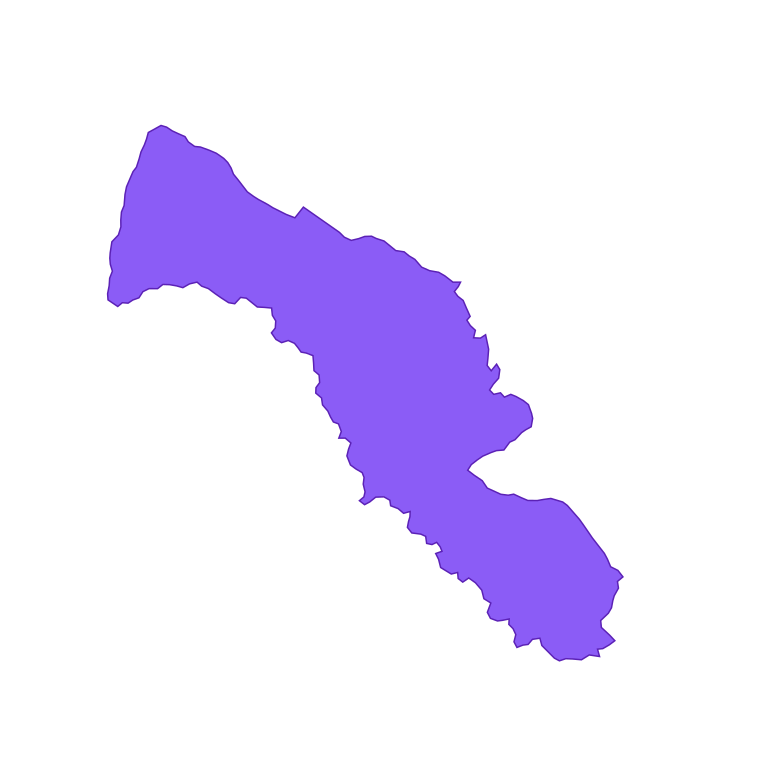 Professor Jamil, Goiás, Brazil (orthographic projection), rotated 313°
{"feature_id": "56859067B81841730871776", "entity_name": "Professor Jamil", "entity_type": "district", "adm_level": 2, "iso_a3": "BRA", "parent_name": "Brazil", "parent_adm1": "Goiás", "projection": "orthographic", "projection_center": [-49.253, -17.277], "detail": "fine", "context": "isolated", "style": "filled", "palette": "violet", "viewbox_px": 768, "rotation_deg": 313, "n_neighbors": 0, "source": "geoboundaries", "source_scale": "gbopen_adm2", "svg_char_len": 3276}
<svg xmlns="http://www.w3.org/2000/svg" viewBox="0 0 768 768"><g transform="rotate(313 384 384)"><path d="M288.4,550.6L290.9,562.8L296.4,566.4L292.3,570.9L292.8,576.7L299.9,578.3L301.0,586.4L299.9,596.1L295.1,603.5L296.7,611.5L287.5,615.3L285.2,621.7L288.1,628.6L291.8,631.7L297.5,635.8L293.3,639.3L293.1,645.2L290.6,651.3L284.1,654.9L282.0,660.9L287.8,663.7L291.8,667.0L298.5,666.7L304.4,671.4L300.4,677.8L299.7,695.6L301.2,701.1L307.1,704.3L311.7,709.7L317.0,716.5L325.8,718.9L331.7,727.5L335.7,721.0L339.7,724.5L347.0,726.7L353.7,727.9L354.2,720.3L354.2,709.0L358.8,703.8L369.4,704.4L375.5,703.0L381.6,699.1L386.1,696.8L394.6,694.7L398.8,689.4L405.9,690.3L407.2,682.2L404.9,674.4L408.3,666.8L410.4,660.7L413.5,641.4L416.9,626.1L418.3,619.2L420.2,600.9L419.6,595.2L414.1,584.1L408.5,579.5L403.3,575.6L396.9,568.6L394.5,562.0L391.9,554.0L387.4,550.7L383.0,544.6L378.3,530.5L380.3,521.8L378.8,512.3L378.0,504.0L384.6,502.8L392.2,504.0L398.5,505.4L407.0,509.1L412.0,511.7L417.5,516.7L427.2,515.6L432.6,517.8L442.3,517.8L447.3,518.9L453.1,520.8L460.2,516.2L463.1,512.0L467.4,503.7L466.9,497.3L464.9,489.1L462.9,483.8L456.5,481.0L457.0,475.2L451.3,471.3L451.6,465.3L458.4,464.1L466.4,463.9L473.5,458.9L475.3,452.8L466.8,453.4L467.9,446.8L473.5,442.6L480.8,436.8L489.3,424.7L483.3,423.2L478.9,418.0L485.6,414.2L485.6,407.3L487.2,401.1L492.2,400.9L495.9,392.1L499.1,384.9L498.5,378.2L499.6,372.4L505.9,371.9L510.7,370.5L505.5,365.0L504.6,354.9L503.0,347.8L498.0,340.1L495.1,331.8L496.2,321.6L494.8,315.0L494.4,308.6L489.6,301.6L488.6,286.5L485.1,279.0L483.6,274.1L478.8,269.3L473.0,266.3L466.7,262.1L464.3,254.9L464.5,248.0L458.4,204.4L444.8,205.5L441.3,196.8L439.4,190.3L437.1,182.5L436.0,176.7L433.3,166.3L432.3,161.0L431.3,153.0L433.7,138.6L434.8,130.8L437.7,124.8L439.4,118.8L439.7,112.9L438.4,104.0L435.8,96.8L432.1,88.1L428.6,83.5L427.6,75.8L429.2,69.8L426.6,62.3L424.7,56.5L423.6,49.8L421.0,44.6L407.2,40.1L401.1,43.3L395.4,45.7L388.0,48.0L381.6,51.4L373.7,55.1L368.2,55.6L362.6,57.6L352.6,61.2L346.0,65.3L337.3,72.2L330.7,74.7L324.4,79.7L319.5,84.4L311.9,88.1L302.4,88.0L293.2,94.3L289.0,97.7L284.9,102.2L281.3,108.4L274.3,111.2L268.4,116.0L261.5,120.3L257.3,124.8L259.1,136.4L265.0,137.2L268.6,141.7L274.1,143.0L279.9,146.0L287.1,144.7L293.5,147.1L299.3,153.4L306.0,154.4L310.4,159.4L314.3,165.4L317.3,171.2L324.6,173.5L331.0,177.8L331.2,183.9L334.0,190.5L334.9,198.9L336.0,206.5L337.5,214.9L340.9,220.1L349.5,220.1L352.9,224.8L353.4,231.7L353.9,238.8L358.4,244.2L362.9,250.0L358.1,255.5L356.3,261.8L350.8,266.3L344.6,266.8L342.9,274.6L344.4,280.9L350.5,284.3L352.7,290.8L351.9,296.3L350.8,301.6L353.6,306.0L356.3,312.7L351.3,318.2L346.0,323.7L346.3,330.4L341.1,336.0L335.0,336.7L330.8,340.3L331.2,347.8L326.8,353.3L325.9,361.4L323.4,367.4L321.7,372.9L323.8,377.9L320.1,385.2L313.6,387.9L318.0,392.6L318.3,400.0L312.2,402.5L306.1,405.9L301.9,414.7L302.7,421.4L304.3,428.5L302.0,433.2L296.6,437.1L292.2,443.7L287.7,446.3L281.9,445.6L282.5,452.1L288.0,454.0L295.6,455.1L301.4,460.9L303.0,467.5L299.5,471.9L302.5,479.3L302.8,486.5L308.6,490.1L304.6,493.5L300.2,495.7L295.1,498.9L294.0,505.9L299.3,513.3L301.0,518.4L296.5,523.9L299.3,528.6L304.1,530.5L303.3,536.0L301.2,540.5L295.3,537.4L293.0,543.5L288.4,550.6Z" fill="#8b5cf6" stroke="#5b21b6" stroke-width="1.5"/></g></svg>